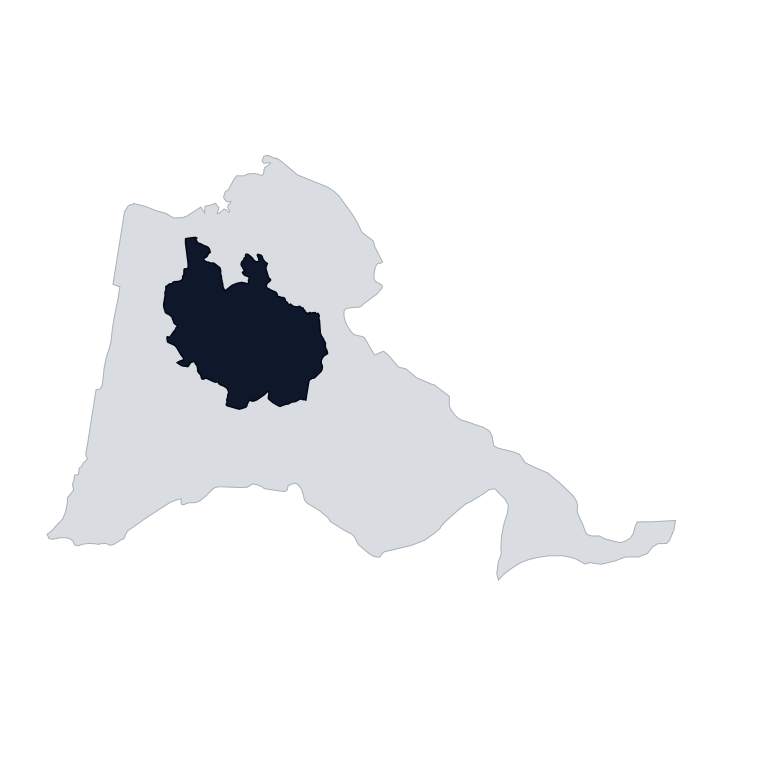 Centre highlighted on a map of Cameroon, rotated 99°
{"feature_id": "CMR-1480", "entity_name": "Centre", "entity_type": "Province", "adm_level": 1, "iso_a3": "CMR", "parent_name": "Cameroon", "parent_adm1": "", "projection": "orthographic", "projection_center": [11.575, 4.696], "detail": "fine", "context": "in_parent", "style": "filled", "palette": "ink", "viewbox_px": 768, "rotation_deg": 99, "n_neighbors": 0, "source": "natural_earth", "source_scale": "10m", "svg_char_len": 9812}
<svg xmlns="http://www.w3.org/2000/svg" viewBox="0 0 768 768"><g transform="rotate(99 384 384)"><path d="M177.6,526.1L179.2,521.9L191.0,502.1L198.4,470.4L201.8,462.9L205.2,458.0L222.2,441.1L228.5,435.8L237.7,429.6L244.3,417.2L246.5,415.9L249.4,414.9L264.0,404.4L265.3,406.5L266.2,409.0L267.3,410.1L272.0,411.0L278.5,410.9L282.2,410.2L284.2,408.0L286.3,402.2L287.4,401.1L289.0,400.8L296.1,404.9L307.7,416.4L310.7,418.5L312.0,420.7L314.5,431.2L316.0,433.8L318.5,434.9L323.0,434.2L327.8,432.3L331.9,429.7L336.0,426.2L338.8,423.1L340.0,420.8L340.6,412.2L341.6,410.4L356.8,398.0L356.4,396.8L353.9,393.3L351.7,389.5L353.9,385.5L356.3,382.5L365.1,372.2L365.6,364.7L372.6,353.1L376.6,337.6L376.8,334.6L385.9,317.6L395.5,316.0L399.2,313.6L403.5,309.4L406.2,305.5L407.5,301.7L408.5,294.5L410.1,286.3L411.2,279.1L414.0,272.4L418.8,269.0L427.2,266.2L428.4,264.9L429.6,260.5L430.8,245.8L432.1,239.3L439.8,232.0L443.2,220.5L446.2,208.4L454.9,193.9L465.0,179.4L469.8,175.5L473.8,173.7L478.4,173.5L481.5,172.4L492.5,165.2L497.1,162.8L500.5,160.3L501.3,158.1L501.6,154.9L500.4,147.5L502.3,142.0L503.3,133.5L503.7,126.9L503.3,124.7L501.2,120.8L497.8,116.7L492.3,114.3L484.7,113.6L480.7,112.2L479.2,104.6L478.6,99.8L473.2,74.8L482.8,74.8L494.3,77.7L497.3,80.0L498.9,88.6L503.1,93.4L510.4,97.4L515.1,105.7L517.0,118.2L521.2,125.7L522.1,126.9L528.0,141.0L528.4,147.6L528.0,152.0L530.4,157.5L526.9,166.8L526.0,172.6L525.7,180.6L528.0,194.8L531.5,205.8L535.3,214.6L539.4,221.5L546.1,229.1L553.2,236.0L559.8,240.3L553.8,242.9L542.0,243.3L535.2,241.9L531.9,241.8L528.7,242.8L516.1,244.1L503.3,243.6L491.5,241.9L484.3,242.2L478.8,246.4L474.3,252.8L470.2,257.9L471.7,263.4L474.9,266.5L481.0,273.3L486.6,279.9L489.4,284.3L500.4,293.9L511.1,302.5L516.1,305.5L518.0,306.1L523.8,311.1L531.8,319.2L539.2,331.9L549.7,357.4L552.0,359.5L555.5,360.9L556.0,363.6L555.7,367.6L554.7,370.8L546.5,384.3L539.4,389.5L537.3,392.6L534.7,400.4L528.2,415.6L525.4,417.7L519.0,428.1L513.8,441.1L512.4,443.1L510.3,444.7L502.7,448.0L500.2,449.6L496.4,453.7L495.9,456.3L497.6,460.0L499.8,462.9L503.8,462.9L505.9,465.7L506.1,485.8L504.3,488.9L504.3,490.2L503.4,493.7L503.2,497.6L503.8,499.1L505.3,500.3L507.4,503.0L508.6,509.2L511.3,531.0L512.5,534.4L514.6,536.8L521.3,541.5L528.3,547.6L530.6,551.6L531.9,558.2L534.6,563.3L534.5,565.1L533.4,565.8L529.1,566.2L530.6,570.0L534.2,576.5L552.2,596.6L569.4,614.4L573.4,615.7L576.4,616.1L577.7,617.2L579.3,619.7L585.1,626.2L586.1,630.0L584.9,633.6L586.2,639.2L587.2,641.2L586.9,643.0L587.5,649.9L589.1,655.8L591.7,660.9L591.3,664.5L588.0,666.5L586.1,669.8L585.6,674.4L586.6,680.1L589.1,686.7L589.2,690.6L585.1,693.2L580.5,688.7L575.4,685.7L567.8,680.4L560.1,678.5L550.2,678.2L545.9,678.9L538.6,674.6L536.2,674.0L532.9,675.8L530.7,675.9L527.9,675.2L522.2,675.3L521.7,672.2L520.7,671.6L514.6,671.9L512.8,669.4L511.9,669.7L509.5,668.9L504.6,665.2L499.5,667.7L488.8,667.4L434.8,667.5L433.5,664.1L430.8,662.4L425.9,662.2L411.6,662.9L400.6,662.4L393.2,661.1L384.1,660.3L372.8,660.9L361.1,660.9L340.4,660.0L329.0,660.1L329.2,662.2L328.5,663.7L327.9,667.3L254.5,667.2L248.6,664.7L246.8,663.1L246.2,660.1L244.8,659.7L246.0,647.0L248.5,636.3L249.5,626.4L252.9,617.6L251.1,608.9L249.0,605.0L237.9,592.6L243.0,587.9L236.3,588.6L234.9,584.0L231.7,578.4L233.6,577.5L235.6,574.5L241.6,575.5L241.4,574.0L236.2,569.3L236.7,567.0L238.9,564.4L237.8,563.3L234.1,566.0L231.4,565.9L229.3,564.1L227.8,563.8L228.7,567.4L226.6,570.5L224.6,571.6L221.2,571.4L218.4,570.6L217.6,568.9L215.0,567.5L207.7,565.1L201.5,562.3L200.3,554.8L197.9,551.5L196.9,547.8L196.3,543.6L197.2,537.2L195.6,536.1L193.8,535.8L191.2,536.1L188.7,535.7L185.8,532.1L183.2,530.7L184.8,537.3L183.0,539.2L178.5,538.6L176.7,536.1L176.3,534.3L178.4,526.3L177.6,526.1Z" fill="#d9dde1" stroke="#a8b0b8" stroke-width="1"/><path d="M362.9,444.6L363.5,445.4L365.3,447.4L366.5,448.3L367.8,448.9L368.5,449.2L369.5,449.4L370.8,449.6L372.1,449.5L372.7,449.4L373.3,449.2L373.9,448.9L375.2,448.1L376.1,447.7L377.2,447.5L379.2,447.5L380.3,447.7L381.2,448.0L388.1,453.1L388.7,453.6L389.1,454.2L389.3,454.8L389.6,455.8L389.8,456.2L390.7,457.1L391.1,457.7L391.3,458.0L392.6,458.6L398.2,458.7L412.1,458.7L412.0,459.3L411.8,460.2L412.1,461.4L412.1,462.0L411.8,463.7L411.8,464.0L411.9,464.5L412.3,465.1L413.7,466.7L415.1,468.7L415.5,469.6L416.2,472.0L416.5,472.6L416.9,473.2L418.3,474.8L418.5,475.1L418.7,475.5L418.9,476.3L419.6,478.4L420.7,480.2L421.3,481.5L422.2,482.7L422.3,483.6L422.0,485.0L419.7,490.8L417.1,495.2L416.7,495.7L416.1,496.0L415.2,496.2L411.8,496.1L409.0,496.8L409.6,497.8L413.3,500.6L419.4,507.0L420.1,508.0L421.1,509.9L421.4,510.9L421.5,511.8L421.2,513.0L421.1,513.3L421.1,513.8L421.2,514.3L421.9,514.8L424.7,515.8L425.3,515.9L426.0,516.0L427.2,516.1L427.9,516.4L428.7,517.3L430.7,521.2L431.5,523.2L430.0,535.5L429.5,536.3L429.1,536.6L428.5,536.6L427.3,536.2L426.6,536.2L426.0,536.2L424.8,536.7L424.1,536.8L423.5,536.8L422.2,536.4L421.6,536.4L420.1,536.5L419.4,536.6L418.3,536.4L417.9,536.2L417.4,536.1L417.0,536.0L416.5,536.1L415.8,536.4L413.3,537.9L412.6,538.7L412.0,539.8L411.1,542.0L410.3,545.7L409.6,547.0L407.8,548.5L408.4,550.3L408.5,550.9L408.5,551.5L408.0,553.8L406.1,560.1L406.1,560.9L406.7,562.0L407.3,562.9L407.5,563.3L407.6,563.9L407.4,564.5L407.0,565.0L405.9,565.6L405.3,565.7L404.5,566.0L403.8,566.5L402.7,567.6L402.2,568.5L401.0,569.4L400.5,570.0L400.1,570.2L398.9,570.1L395.6,571.4L395.2,571.5L394.9,571.7L394.6,572.0L394.3,572.6L393.8,573.2L392.9,573.7L392.5,573.7L392.3,573.8L392.0,574.1L391.8,574.7L391.7,575.3L391.8,576.0L392.5,577.5L393.6,578.6L396.9,580.0L397.4,580.4L397.6,581.1L397.5,582.1L397.6,585.3L397.5,586.6L396.9,588.3L395.3,591.6L394.5,590.7L393.4,589.3L392.0,586.7L391.7,586.2L391.4,586.0L391.0,585.8L390.4,585.8L389.7,586.1L386.7,589.3L380.9,594.0L379.0,596.0L378.4,597.1L376.5,604.1L375.4,604.7L372.8,605.5L371.9,605.6L371.2,605.4L371.1,604.8L371.7,603.6L371.6,603.2L370.8,602.6L364.7,599.7L363.5,598.8L362.8,598.5L360.8,598.1L359.9,597.3L358.9,596.9L357.2,600.2L356.8,600.8L354.3,602.1L353.2,602.9L352.5,603.2L351.4,603.6L350.8,604.1L349.0,607.2L348.6,608.7L347.8,610.8L347.2,611.2L343.1,613.2L340.5,614.0L339.3,614.1L330.8,614.0L328.5,614.5L327.6,614.6L325.4,614.2L323.9,614.3L321.9,614.7L319.6,612.3L318.9,611.8L318.6,611.3L318.4,609.7L318.1,609.1L317.6,608.8L317.0,608.6L316.4,608.2L315.9,607.4L314.9,603.3L314.4,601.9L312.8,599.9L312.1,599.4L311.5,599.4L309.8,599.6L309.1,599.7L308.7,599.4L307.9,599.1L306.6,598.8L304.1,599.2L301.8,599.3L301.5,599.1L301.3,597.8L301.0,596.7L300.7,596.3L300.3,595.9L299.3,595.8L298.1,595.8L294.6,596.6L276.1,602.0L271.8,602.7L271.4,602.5L268.7,593.5L269.2,591.8L269.5,592.1L270.0,592.3L270.3,592.3L270.7,592.3L271.2,592.1L271.5,591.9L272.8,590.7L273.5,590.3L273.9,589.9L274.1,587.3L274.4,586.4L275.5,583.4L275.9,580.8L276.1,580.2L276.7,578.9L278.0,577.7L281.0,576.2L282.6,577.7L282.9,577.9L283.5,578.1L285.3,578.6L286.0,579.1L286.6,579.7L287.6,581.0L288.0,581.4L288.7,581.7L289.2,581.5L289.8,581.1L290.3,580.5L290.6,579.8L291.2,578.1L291.1,576.7L291.6,574.6L291.6,574.1L291.6,573.4L291.3,571.9L291.2,571.3L291.6,570.3L292.1,569.2L293.4,567.1L293.9,566.0L294.9,564.3L295.4,564.2L296.1,563.6L296.4,563.5L297.0,563.4L297.4,563.2L297.7,563.0L298.1,562.9L298.7,562.8L300.0,562.9L301.0,562.5L303.0,561.5L305.5,561.0L307.6,560.0L308.5,560.2L309.2,559.5L309.9,559.1L312.8,558.4L313.2,558.2L313.7,558.0L315.4,556.8L316.7,555.7L315.9,554.6L310.3,549.5L307.6,545.0L305.9,540.4L306.2,535.3L306.0,533.8L305.5,533.5L305.0,533.5L304.4,533.5L303.4,534.0L303.0,534.1L302.4,534.1L301.8,533.8L301.1,533.7L300.4,533.7L299.8,534.0L299.3,534.6L299.1,535.4L298.5,538.2L297.8,539.6L296.2,541.2L295.3,540.8L294.9,540.3L294.8,539.7L294.6,539.3L294.2,539.1L293.6,539.6L293.1,540.3L292.4,540.9L291.5,541.3L289.3,543.4L288.5,543.7L287.9,543.9L285.7,543.6L284.0,542.4L283.5,542.1L283.1,542.0L282.1,541.9L281.5,541.7L280.5,540.8L279.9,540.6L279.3,540.7L278.7,540.9L278.1,540.9L277.6,540.7L277.4,540.4L277.3,540.2L277.2,539.9L277.2,539.3L277.4,538.5L277.8,537.5L279.9,534.1L282.3,531.6L282.6,531.0L282.9,530.5L283.1,529.6L283.1,528.9L283.0,528.2L282.8,527.4L282.2,526.6L281.0,526.9L279.2,527.7L276.5,529.3L276.0,529.2L275.6,528.8L276.0,525.9L276.5,524.9L276.9,524.5L279.2,523.3L281.0,521.8L282.1,520.5L283.2,518.1L287.2,518.8L288.0,518.8L288.8,518.6L296.3,515.0L296.9,514.7L297.4,514.2L297.7,513.7L298.0,513.0L298.2,512.8L298.6,512.4L299.1,512.3L299.9,512.6L300.5,513.0L302.8,515.2L303.6,515.4L304.7,515.5L306.0,515.5L306.6,515.3L307.2,514.8L307.8,513.4L307.9,512.9L309.1,509.9L309.6,508.1L309.8,506.8L310.0,506.1L310.3,505.3L311.1,504.3L312.0,503.6L313.4,502.9L314.6,502.5L314.2,501.4L314.1,500.8L314.2,500.4L314.6,498.8L314.6,498.5L314.4,497.3L314.4,496.6L314.5,496.2L314.8,495.7L315.4,495.2L315.9,494.9L316.3,494.8L316.9,494.7L317.1,494.6L317.4,494.3L318.8,492.0L319.7,491.7L319.9,491.5L320.1,491.2L320.2,490.6L320.4,490.3L320.5,489.9L320.5,489.7L319.7,488.7L320.8,487.1L321.0,486.7L321.5,485.2L321.6,484.3L321.5,482.3L321.4,481.7L321.3,481.4L320.7,480.3L320.6,479.9L320.5,479.3L320.9,478.4L321.6,477.5L322.0,476.7L321.6,475.9L322.8,475.3L323.3,474.8L323.6,473.8L324.1,473.6L324.5,473.5L324.9,473.3L325.2,472.9L326.2,470.8L327.0,470.5L327.2,470.1L327.0,469.4L326.5,469.3L325.8,469.4L325.3,469.2L325.0,468.5L325.0,468.0L325.2,467.5L325.3,466.8L325.2,466.1L325.0,465.7L324.7,465.4L324.6,465.1L324.5,464.5L324.4,463.4L324.2,462.9L325.0,462.3L325.3,461.5L325.2,460.7L324.6,460.3L325.1,459.7L326.0,459.1L326.8,458.6L327.4,458.6L328.3,458.9L329.4,458.6L331.3,457.7L343.5,454.9L344.4,454.5L344.8,454.2L346.1,453.5L348.7,451.1L350.8,449.8L351.8,448.9L352.9,448.2L354.0,448.1L355.1,448.1L356.1,448.0L356.4,447.8L356.7,447.5L357.1,447.3L357.8,447.2L358.4,447.0L359.2,445.9L359.6,445.7L360.1,445.8L360.3,446.1L360.5,446.2L360.9,446.1L361.0,445.9L360.9,445.2L361.5,444.8L362.9,444.6Z" fill="#0f172a" stroke="#020617" stroke-width="1.5"/></g></svg>